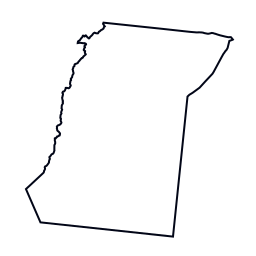 Angaco, San Juan, Argentina, rotated 186°
{"feature_id": "61730980B81698180684339", "entity_name": "Angaco", "entity_type": "district", "adm_level": 2, "iso_a3": "ARG", "parent_name": "Argentina", "parent_adm1": "San Juan", "projection": "equal_earth", "projection_center": [-68.042, -31.197], "detail": "fine", "context": "isolated", "style": "outline", "palette": "ink", "viewbox_px": 256, "rotation_deg": 186, "n_neighbors": 0, "source": "geoboundaries", "source_scale": "gbopen_adm2", "svg_char_len": 5718}
<svg xmlns="http://www.w3.org/2000/svg" viewBox="0 0 256 256"><g transform="rotate(186 128 128)"><path d="M35.3,229.0L36.0,229.1L36.3,229.0L36.8,228.9L37.5,228.8L39.0,228.9L40.9,229.1L42.4,229.3L46.1,229.8L48.7,230.3L50.0,230.6L50.4,230.7L51.4,230.9L51.8,230.9L53.0,231.2L54.5,231.3L54.7,231.2L54.9,231.2L56.4,230.6L57.7,230.2L58.1,230.1L59.0,230.1L60.2,230.2L61.1,230.3L61.5,230.3L63.2,230.6L63.4,230.7L65.5,230.7L68.0,230.5L68.1,230.4L69.0,230.3L69.3,230.3L70.4,230.2L71.3,230.2L75.8,230.1L80.0,230.1L104.7,230.2L163.4,230.2L163.7,229.0L161.7,226.6L162.5,225.9L162.7,224.4L163.8,223.3L165.0,222.6L166.0,221.4L167.0,220.7L167.5,219.5L167.7,219.1L168.4,218.9L169.8,218.9L170.4,219.1L170.8,219.2L171.2,219.3L171.6,219.0L172.1,218.7L172.6,218.0L172.9,217.6L173.2,216.9L173.6,216.4L174.1,215.8L174.6,215.3L175.0,214.8L175.4,214.3L175.7,213.4L176.0,213.1L176.3,213.0L176.6,213.1L177.1,213.5L177.4,213.8L177.9,214.0L178.3,214.5L178.7,214.8L179.0,215.1L179.3,215.5L179.6,215.7L179.8,215.7L180.2,215.4L180.4,215.1L180.5,214.7L180.8,214.5L181.0,214.6L181.2,214.9L181.4,215.0L181.7,215.1L182.2,215.2L182.5,215.1L182.7,214.6L182.8,214.2L182.9,213.7L183.0,213.5L183.6,212.8L184.1,212.1L184.5,211.3L185.0,210.5L185.1,210.2L186.4,209.3L186.8,208.7L186.8,208.3L186.8,207.8L186.9,207.6L186.9,207.2L184.5,207.8L183.5,207.7L182.2,207.7L181.5,207.6L180.5,207.8L179.8,207.8L178.8,207.4L178.5,207.1L178.4,206.8L178.4,206.7L178.5,206.5L179.4,205.9L179.7,205.5L179.8,205.1L179.8,204.7L179.8,204.4L179.5,204.3L179.4,204.2L179.2,204.0L179.2,203.6L179.6,203.2L179.9,202.4L180.2,201.2L180.1,200.8L179.9,200.7L179.6,200.4L179.2,200.4L178.7,200.0L178.7,199.8L178.7,199.4L178.8,199.0L178.8,198.5L178.7,198.2L178.5,197.9L178.4,197.7L178.1,197.4L177.8,197.1L177.7,196.8L178.4,196.0L178.9,195.4L179.8,194.5L179.9,194.2L180.1,194.0L180.2,193.6L180.2,193.4L180.8,192.9L181.0,192.7L181.3,192.7L181.5,192.3L181.9,192.0L182.4,191.2L182.7,190.9L183.0,190.3L183.4,189.7L183.5,189.5L184.0,189.0L184.2,188.7L184.6,187.6L185.2,187.1L185.7,186.8L186.9,186.2L187.0,186.2L187.6,185.8L187.8,185.3L187.8,185.1L187.7,184.2L187.8,183.9L188.2,183.6L188.5,183.2L188.7,182.9L188.7,182.7L188.8,181.9L188.8,181.5L189.0,181.1L189.1,180.8L189.2,180.4L189.0,180.0L188.8,179.6L188.7,179.4L188.6,179.1L188.6,178.9L188.6,178.7L188.5,178.3L188.2,177.9L188.1,177.7L188.1,177.4L188.0,177.2L187.9,176.9L187.9,176.5L188.0,176.1L188.5,175.3L188.6,175.0L188.7,174.5L188.9,173.8L188.9,173.2L188.9,172.9L188.9,172.7L189.2,172.2L189.6,171.6L190.0,170.8L189.9,170.6L189.9,170.4L189.7,170.1L189.6,169.7L189.8,169.3L190.0,169.1L190.1,168.9L190.2,168.5L190.2,168.1L190.2,167.4L190.3,166.8L190.3,166.1L190.2,165.6L190.1,165.4L190.0,165.2L189.9,165.1L189.5,164.6L189.4,164.1L189.5,164.0L189.6,163.7L189.8,163.4L190.0,162.8L190.1,162.4L190.3,162.1L190.5,161.8L190.9,161.5L191.0,161.4L191.4,161.3L191.6,161.3L191.8,161.4L192.2,161.5L192.7,161.5L193.1,161.4L193.4,161.5L193.8,161.5L194.1,161.4L194.1,161.2L194.2,160.5L194.4,159.7L194.6,159.0L194.7,158.7L195.0,158.3L195.2,158.0L195.4,157.8L195.6,157.6L195.9,157.6L196.3,157.4L196.5,157.3L196.8,156.6L196.9,156.4L196.9,156.0L196.6,155.8L196.3,155.3L196.2,154.7L196.2,154.4L196.2,153.9L196.4,153.4L196.4,153.1L196.4,152.3L196.4,152.1L196.6,151.8L196.7,151.6L196.7,151.4L196.4,150.1L196.2,149.6L196.0,149.1L196.0,148.9L195.9,148.6L195.5,148.1L195.5,147.6L195.7,147.2L195.7,146.9L195.6,146.6L195.5,146.4L195.3,146.2L195.3,145.7L195.4,145.4L196.1,143.9L196.2,143.5L196.2,142.7L196.1,141.3L196.2,140.9L196.2,140.7L195.8,140.1L195.5,139.6L195.4,139.3L195.6,138.8L195.8,138.1L196.0,137.5L196.1,136.8L196.1,136.5L196.1,136.3L195.7,135.5L195.8,135.3L195.9,135.0L196.1,134.5L196.3,134.2L196.4,133.8L196.4,132.9L196.4,131.6L196.4,131.0L196.3,130.9L196.1,130.6L195.8,130.5L195.7,130.3L195.6,130.0L195.7,129.3L195.7,129.0L195.8,128.5L195.6,128.0L195.5,127.6L195.3,127.4L195.0,126.9L194.8,126.6L194.8,126.3L195.0,125.6L195.1,125.4L195.4,125.1L195.6,124.8L195.7,124.5L196.1,124.3L197.1,123.6L197.9,123.3L198.6,122.5L198.7,122.3L198.9,121.9L198.8,121.6L198.7,121.1L198.6,120.7L198.7,120.0L198.6,119.8L198.4,119.6L198.2,118.5L198.0,118.1L197.8,117.9L196.9,117.3L196.1,116.7L195.9,116.4L195.5,116.0L195.1,115.6L195.0,115.2L195.0,114.8L195.1,113.8L195.2,113.5L195.3,113.3L195.6,113.2L195.8,113.2L196.0,113.2L196.2,112.9L196.5,112.6L196.8,112.4L197.3,112.2L197.6,112.1L197.6,111.9L197.8,111.4L198.0,111.3L198.2,111.2L198.5,110.7L198.7,110.3L199.0,110.3L199.4,110.3L199.7,110.1L199.7,109.7L199.6,109.2L199.5,108.9L199.5,108.6L199.5,108.3L199.5,108.0L199.4,107.6L199.1,107.0L198.9,106.2L198.9,105.7L198.8,105.4L198.8,105.1L198.9,104.8L199.0,104.4L199.1,104.0L199.3,103.6L199.4,103.4L199.4,103.2L199.3,101.9L199.2,101.2L199.2,100.6L199.1,100.3L199.1,100.0L199.1,99.6L199.0,98.9L199.0,98.7L198.8,98.2L198.9,97.8L199.0,97.4L199.0,96.9L199.1,96.6L199.2,96.3L199.3,95.8L199.4,95.5L199.5,95.2L200.1,94.4L200.5,94.3L201.2,93.8L201.5,93.4L201.8,92.7L202.1,92.2L202.5,91.6L203.1,91.0L203.1,90.8L203.1,90.5L203.0,90.1L202.8,89.9L202.6,89.5L202.5,89.3L202.5,88.9L202.6,88.6L202.9,88.0L202.9,87.8L203.1,86.3L203.0,85.8L203.0,85.6L203.1,85.2L203.4,84.6L203.7,84.1L204.1,83.4L204.4,82.9L205.0,82.0L205.3,81.8L205.5,81.6L205.8,81.4L206.4,81.1L206.5,80.8L206.7,80.4L206.7,80.1L206.5,79.6L206.3,79.2L206.3,78.9L206.3,78.6L206.3,78.3L206.4,78.0L206.5,77.7L206.8,77.0L207.0,76.6L207.0,76.4L207.0,76.1L207.0,75.9L207.0,75.6L207.4,74.6L223.1,56.6L205.2,25.0L71.9,24.7L72.1,165.5L70.4,167.5L67.5,169.7L61.0,175.6L56.0,182.4L49.7,190.7L48.8,192.5L42.3,208.3L40.9,211.6L40.0,213.1L39.7,213.7L39.0,215.0L38.9,215.0L38.1,216.1L37.9,216.6L37.3,218.1L36.3,225.2L33.4,226.6L33.0,226.8L32.9,226.9L33.0,227.0L34.8,228.8L35.0,229.0L35.3,229.0Z" fill="none" stroke="#020617" stroke-width="2"/></g></svg>